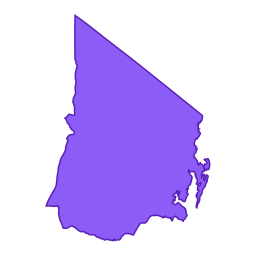 the district of Mkinga, Tanga, United Republic of Tanzania
{"feature_id": "72390352B38372573514065", "entity_name": "Mkinga", "entity_type": "district", "adm_level": 2, "iso_a3": "TZA", "parent_name": "United Republic of Tanzania", "parent_adm1": "Tanga", "projection": "robinson", "projection_center": [39.042, -4.697], "detail": "fine", "context": "isolated", "style": "filled", "palette": "violet", "viewbox_px": 256, "rotation_deg": 0, "n_neighbors": 0, "source": "geoboundaries", "source_scale": "gbopen_adm2", "svg_char_len": 5981}
<svg xmlns="http://www.w3.org/2000/svg" viewBox="0 0 256 256"><path d="M46.2,206.0L49.3,205.9L53.7,206.4L55.1,206.1L58.2,206.1L58.1,206.7L58.8,207.3L58.6,207.9L58.8,210.5L58.6,212.2L58.7,214.0L59.7,219.5L61.5,223.3L63.1,228.0L64.2,228.3L66.6,228.2L68.4,227.6L70.8,226.1L71.9,225.9L73.6,226.8L75.9,228.2L77.7,229.9L80.1,231.4L82.0,231.8L83.5,231.5L84.5,232.0L84.9,232.6L85.9,233.1L87.4,233.4L89.1,234.5L89.9,234.7L90.6,234.8L93.1,234.7L94.6,235.0L95.0,235.1L96.3,236.7L96.7,236.9L99.4,237.7L100.3,238.4L101.6,238.7L102.0,239.0L102.7,238.8L104.6,240.0L105.7,239.9L106.1,239.3L106.6,239.2L109.8,240.1L110.3,240.0L113.2,240.6L113.6,240.1L113.8,239.2L114.6,239.2L114.8,239.4L115.1,240.5L117.9,239.7L119.4,239.9L119.9,239.6L120.4,238.6L121.4,237.6L121.8,236.1L123.2,235.4L123.9,234.3L124.4,234.0L126.3,233.4L127.9,233.7L129.0,233.5L131.0,234.3L133.4,235.0L137.4,227.7L139.7,224.2L140.8,223.2L141.5,222.9L144.5,223.1L146.3,222.3L148.1,219.5L149.2,217.4L151.5,215.7L153.1,215.4L154.4,215.6L155.5,215.1L156.1,215.5L157.1,215.3L158.3,215.5L162.0,216.9L162.9,217.8L163.1,217.8L163.6,217.3L164.3,217.2L164.4,216.3L164.7,216.1L165.7,217.1L167.5,217.5L168.5,217.9L169.6,217.9L170.9,217.5L171.0,217.8L170.8,218.9L172.0,220.8L172.2,220.7L172.6,220.3L172.9,218.6L173.5,217.5L174.5,216.5L175.3,216.2L176.6,217.5L177.4,217.5L178.0,218.1L178.0,218.6L178.4,219.2L181.4,219.8L182.0,220.2L182.8,221.0L183.3,221.1L183.3,220.3L185.2,218.7L186.0,217.0L187.0,215.8L187.0,215.3L186.5,214.2L185.8,210.2L185.1,208.3L184.5,208.1L183.9,207.4L182.3,206.3L181.7,206.2L180.4,204.4L178.6,203.0L177.7,202.6L176.7,204.0L175.2,204.8L174.1,203.8L172.5,203.2L172.3,203.0L172.1,202.7L173.2,202.0L173.4,201.7L173.4,199.9L173.6,199.3L174.0,199.5L174.1,200.7L174.8,200.8L175.0,200.1L175.1,198.3L175.7,196.5L175.2,196.3L175.1,197.0L174.9,197.0L174.6,196.3L174.4,196.2L173.1,196.2L173.0,195.7L173.4,194.6L173.9,193.9L174.9,194.0L175.4,193.7L175.7,192.9L175.9,192.8L176.5,193.2L177.0,192.4L177.0,192.0L176.5,191.4L176.6,191.1L176.9,190.9L178.1,191.0L178.0,191.8L178.4,192.2L178.9,192.2L179.6,191.8L179.4,192.2L179.5,192.8L178.8,192.9L178.7,193.2L179.2,193.7L179.2,194.0L178.8,194.2L177.9,194.0L177.7,194.6L177.9,195.4L178.5,195.7L178.6,195.9L178.3,196.2L178.3,196.5L178.8,196.9L179.0,197.5L178.8,198.8L179.1,199.5L179.9,199.7L181.2,199.3L181.6,199.7L182.4,201.0L184.3,201.7L185.0,201.4L186.1,198.0L187.3,195.5L188.1,194.3L188.0,193.6L187.8,193.4L187.1,193.3L186.7,193.0L186.6,192.8L187.3,191.7L187.4,190.0L186.4,189.6L186.8,188.9L187.9,189.3L188.3,188.7L188.1,187.3L188.3,186.6L188.8,185.7L189.7,184.8L190.1,184.7L190.7,183.7L190.6,182.3L191.4,181.7L191.6,179.4L191.3,178.9L191.4,178.6L192.1,178.3L192.1,177.2L191.1,175.4L190.4,175.1L189.2,172.8L188.6,172.1L188.6,170.0L189.1,170.0L189.7,171.4L190.6,171.9L191.4,171.6L192.6,171.7L193.5,171.4L195.3,172.9L195.3,173.6L195.0,174.0L195.6,174.3L195.4,175.3L195.6,176.2L195.5,176.5L196.4,177.1L196.6,177.6L196.3,178.3L197.5,179.5L197.2,181.5L196.9,182.2L197.2,182.8L197.1,183.1L196.4,183.5L196.4,184.0L197.4,184.8L197.9,184.7L200.3,182.8L200.8,182.8L201.0,183.6L200.7,184.6L200.2,185.2L198.0,186.3L197.6,186.9L197.4,189.6L197.9,190.4L198.2,190.6L198.8,190.4L198.8,190.6L198.6,191.6L197.4,192.7L197.3,193.2L197.6,193.8L197.5,194.1L196.6,194.3L196.3,194.7L196.5,195.1L197.3,195.3L197.1,195.7L196.2,196.2L196.2,196.5L197.6,198.7L197.6,200.3L196.8,203.2L196.2,206.4L196.4,207.6L196.9,207.7L196.8,207.2L197.3,205.8L197.7,203.9L198.6,203.0L199.7,200.1L199.8,199.4L199.6,198.1L199.7,197.4L202.0,193.3L202.0,191.7L203.1,188.8L205.2,186.3L205.6,184.2L206.5,182.8L206.6,182.1L207.3,181.1L207.2,179.8L208.1,176.7L208.1,176.4L207.7,175.6L206.8,175.0L206.1,175.0L205.9,175.4L206.0,176.4L205.4,178.3L205.5,179.1L204.4,180.5L203.6,178.9L203.9,178.4L204.1,176.9L204.3,176.4L204.3,174.5L204.0,174.5L202.8,175.5L202.0,176.3L201.6,177.1L201.4,175.4L201.6,174.6L202.7,173.0L202.3,172.3L202.4,171.8L202.9,171.3L204.4,171.0L204.4,170.2L203.8,169.3L203.9,167.7L204.5,168.1L205.1,169.4L205.9,169.9L206.1,170.4L206.4,170.4L207.0,169.2L207.3,169.0L207.7,169.0L208.2,169.6L208.6,169.4L208.9,168.8L209.3,167.5L209.8,164.3L209.1,161.0L208.2,158.8L207.4,158.7L207.0,159.2L206.4,159.4L205.3,159.0L204.8,159.1L204.3,159.6L206.4,161.6L206.6,162.0L206.7,163.2L206.4,164.2L206.0,164.3L204.9,164.0L204.7,164.2L204.0,166.3L203.4,166.5L203.2,166.3L202.6,164.7L202.0,164.3L200.9,164.0L200.6,163.6L200.4,162.8L199.9,163.0L199.4,163.6L198.9,164.7L198.3,164.9L197.8,164.3L197.7,164.0L198.0,162.9L197.1,160.6L194.5,156.9L193.8,156.9L193.9,155.7L194.5,154.0L195.0,153.2L195.8,152.6L196.2,150.9L197.0,149.2L196.9,148.5L196.3,149.4L196.1,149.4L196.2,148.3L195.8,147.6L196.0,146.3L195.7,145.8L194.2,144.9L194.2,143.5L195.0,140.5L195.8,138.7L196.4,138.4L197.1,139.0L197.3,138.9L197.6,137.8L199.1,136.1L199.4,134.9L200.2,134.3L200.3,133.8L200.1,132.6L199.4,132.3L199.3,131.4L199.1,131.2L198.6,131.3L198.7,130.3L198.1,129.8L198.4,129.4L198.1,128.9L198.3,128.7L199.0,128.6L198.4,128.1L198.2,126.2L198.4,125.8L198.4,125.5L197.3,124.9L197.4,124.6L198.0,124.4L198.2,124.0L198.2,123.3L199.1,123.6L199.2,123.3L198.9,122.7L200.3,122.6L200.5,121.1L200.8,120.9L201.3,121.1L201.5,121.0L202.3,118.5L202.6,115.9L201.6,114.9L169.7,89.2L134.7,61.2L110.2,42.3L87.4,24.4L75.1,15.4L74.8,27.9L75.0,59.7L75.8,60.7L76.0,63.1L76.6,64.6L77.5,65.9L76.5,67.8L76.4,69.2L75.3,73.5L75.5,79.5L76.0,81.2L75.8,83.7L75.1,87.4L75.6,93.1L74.2,96.7L73.4,98.1L72.9,101.9L74.2,105.9L74.7,108.4L74.4,110.1L74.7,112.0L74.6,114.6L74.1,115.2L72.6,115.2L71.2,114.6L68.9,114.3L66.0,117.7L65.0,118.1L66.0,119.4L67.8,123.6L69.5,124.6L69.5,126.1L71.2,129.1L72.1,130.1L73.2,130.6L74.2,131.8L74.4,133.6L74.2,133.9L72.7,134.5L70.9,134.6L68.9,135.4L67.9,136.6L66.7,138.5L68.0,140.4L67.2,142.1L66.8,143.8L65.7,146.8L65.7,148.9L64.7,152.0L60.8,158.8L60.7,159.6L60.1,161.2L59.6,163.4L58.4,167.4L58.1,169.7L58.1,171.6L57.1,176.4L56.9,180.1L56.1,186.0L55.0,188.5L52.4,192.8L51.7,194.2L51.1,195.0L48.6,200.0L47.2,203.0L46.2,206.0Z" fill="#8b5cf6" stroke="#5b21b6" stroke-width="1.5"/></svg>